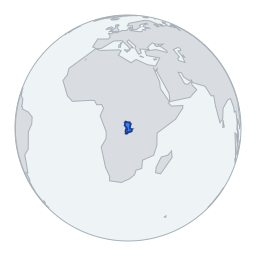 the Earth from above Kasaï-Oriental, rotated 10°
{"feature_id": "COD-1896", "entity_name": "Kasaï-Oriental", "entity_type": "Province", "adm_level": 1, "iso_a3": "COD", "parent_name": "Democratic Republic of the Congo", "parent_adm1": "", "projection": "orthographic", "projection_center": [23.978, -4.842], "detail": "fine", "context": "on_globe", "style": "filled", "palette": "blue", "viewbox_px": 256, "rotation_deg": 10, "n_neighbors": 0, "source": "natural_earth", "source_scale": "10m", "svg_char_len": 7664}
<svg xmlns="http://www.w3.org/2000/svg" viewBox="0 0 256 256"><g transform="rotate(10 128 128)"><circle cx="128" cy="128" r="113" fill="#eef3f6" stroke="#a8b0b8"/><path d="M63.9,35.4L61.7,37.0L60.0,38.3L56.4,41.1L63.9,35.4ZM50.9,45.9L51.5,45.3L50.1,46.7L49.2,47.5L50.9,45.9ZM17.3,107.1L17.6,106.5L17.3,108.0L17.3,114.9L19.3,117.4L19.8,122.0L19.4,125.1L20.5,125.6L20.6,127.6L26.9,129.5L31.7,133.8L32.5,140.7L30.5,149.1L33.4,166.2L31.0,172.5L33.6,179.4L37.2,189.7L35.3,189.6L39.1,194.2L40.7,197.3L40.4,197.9L43.2,201.3L43.1,201.6L45.1,203.6L49.1,208.3L52.8,211.6L56.8,215.2L59.2,217.1L60.3,218.0L61.8,219.1L61.0,218.6L54.9,213.7L49.1,208.3L43.6,202.6L38.6,196.5L34.0,190.1L29.9,183.4L26.3,176.4L23.1,169.1L20.5,161.7L18.4,154.1L16.9,146.4L15.9,138.5L15.4,130.7L15.5,122.8L16.1,114.9L17.3,107.1ZM61.6,219.0L62.2,219.4L59.7,217.5L62.9,219.5L64.4,220.8L61.9,219.2L61.6,219.0ZM58.7,215.8L57.9,214.6L58.7,215.0L59.4,216.0L58.7,215.8ZM232.6,86.1L232.7,86.6L233.4,88.4L232.2,85.6L233.0,88.8L237.2,101.2L237.9,104.5L238.1,109.8L237.6,107.2L234.4,99.8L235.5,107.6L238.1,115.4L239.0,123.9L237.8,120.5L236.6,113.1L235.5,110.2L234.5,103.3L231.2,92.7L229.9,93.9L228.8,89.9L223.9,81.2L221.4,82.9L218.2,92.2L219.7,102.6L217.7,106.9L210.4,91.2L206.8,81.3L204.3,81.9L196.6,73.5L183.9,72.1L181.9,69.7L179.5,70.6L174.0,68.1L170.9,64.2L167.7,64.4L176.0,74.6L179.4,74.6L182.0,70.9L183.7,74.6L189.0,78.3L183.9,87.0L164.7,94.7L162.5,87.0L146.4,67.0L146.7,64.8L146.6,64.6L146.4,64.2L145.2,67.6L142.3,64.0L151.3,77.4L152.9,83.4L164.4,95.2L163.4,96.4L167.0,98.9L178.2,96.3L178.4,99.0L173.3,111.1L157.5,128.0L159.4,140.0L158.0,150.4L147.9,157.2L148.5,165.4L143.2,168.3L142.6,172.9L138.2,177.9L130.9,182.8L118.9,183.2L118.4,178.9L112.7,170.7L104.9,151.3L108.2,142.3L107.2,135.5L98.5,121.0L100.4,112.8L98.0,109.5L93.1,110.6L90.3,106.8L87.4,107.0L68.6,111.4L62.8,106.9L55.7,92.6L59.0,86.2L59.5,79.5L82.4,55.7L87.4,56.4L105.6,52.6L107.9,53.2L105.9,57.9L119.7,63.2L124.0,59.1L136.3,62.3L144.4,62.2L147.1,53.5L133.8,53.4L131.3,49.3L141.9,45.9L153.5,46.8L152.9,45.3L145.4,41.8L148.0,39.3L142.8,40.4L145.0,41.9L141.9,42.8L139.7,41.6L140.7,40.6L137.1,40.0L133.3,45.1L135.1,47.1L126.0,48.2L128.1,51.9L125.6,53.7L121.1,48.2L121.5,46.2L113.2,41.1L112.0,43.2L119.8,48.4L117.4,48.0L115.8,51.5L115.2,48.6L107.0,43.0L98.7,44.9L88.2,54.1L83.3,55.4L79.1,54.3L82.7,45.6L93.3,43.8L94.7,41.3L92.4,38.2L95.8,38.1L96.2,36.8L100.2,36.2L105.7,32.9L109.7,32.3L111.7,28.8L114.1,28.2L112.2,30.3L113.1,31.7L123.1,31.2L125.0,30.4L125.5,28.3L128.2,28.7L127.4,26.7L133.0,26.0L125.4,25.5L125.8,23.5L129.2,22.2L127.9,21.6L122.5,23.9L121.5,25.0L122.9,26.0L119.2,29.6L115.7,30.4L114.5,26.6L109.6,27.5L110.8,24.7L124.8,19.4L130.7,18.7L140.7,20.9L139.4,21.7L135.1,21.2L139.2,23.2L138.8,22.3L141.0,22.7L142.0,21.5L143.6,21.8L141.7,20.2L143.8,20.5L145.0,21.5L148.2,20.3L152.5,20.9L152.4,20.5L151.1,20.0L157.5,21.3L157.1,21.0L154.9,20.5L152.8,19.6L151.6,18.7L153.9,19.2L154.6,19.6L159.6,21.4L161.2,22.6L162.1,22.8L161.2,21.9L155.1,19.6L153.7,19.0L156.8,19.9L155.6,19.5L155.6,19.4L157.8,19.8L154.5,18.8L152.8,18.1L160.9,20.3L168.8,23.0L176.5,26.3L183.9,30.2L191.1,34.7L197.8,39.6L204.2,45.0L210.2,50.9L215.7,57.3L220.7,64.0L225.2,71.1L229.2,78.4L232.6,86.1ZM74.8,66.8L74.2,68.8L74.8,66.8ZM166.0,52.7L172.8,53.6L169.2,48.3L171.5,48.3L169.4,46.6L168.9,47.9L163.8,43.5L166.5,42.4L165.4,40.4L163.1,40.1L159.0,42.9L166.2,49.0L164.9,50.9L166.0,52.7ZM17.7,106.3L17.5,107.5L17.4,107.7L17.7,106.3ZM55.1,42.6L52.7,44.9L53.9,43.6L52.3,44.9L53.0,44.0L59.2,39.0L56.3,41.3L55.1,42.6ZM94.3,31.3L95.7,31.8L94.2,33.2L89.1,34.9L91.2,32.7L94.3,31.3ZM98.0,32.2L98.2,28.6L101.4,27.8L99.6,28.8L101.7,28.6L99.3,30.2L102.1,33.3L101.0,34.9L92.2,36.5L95.7,35.0L94.1,34.5L98.0,32.2ZM93.1,23.9L93.3,23.2L100.0,22.1L99.1,23.0L94.0,24.4L92.0,24.3L93.1,23.9ZM115.8,16.0L117.9,15.9L114.6,16.2L115.2,16.2L112.8,16.6L110.9,17.1L109.4,17.3L107.7,17.8L107.1,18.1L104.1,18.6L103.1,19.1L102.3,19.2L101.3,19.9L100.7,19.6L98.7,20.3L100.3,20.2L86.0,24.2L80.5,26.6L76.2,28.9L75.8,28.6L79.5,26.4L85.3,23.8L90.7,21.7L90.1,21.9L91.7,21.4L91.9,21.3L99.8,19.0L107.7,17.2L115.8,16.0ZM117.8,15.8L116.8,15.9L117.8,15.8ZM110.5,51.4L112.2,51.5L115.0,51.2L114.0,53.5L110.5,51.4ZM104.8,47.5L106.4,47.1L106.4,50.0L104.6,50.0L104.8,47.5ZM107.3,44.7L106.5,46.9L105.8,45.7L107.3,44.7ZM113.7,30.0L115.4,29.6L115.5,30.1L114.6,30.9L113.7,30.0ZM124.9,16.6L123.6,16.4L124.1,16.3L123.3,15.9L125.6,15.8L127.1,16.0L124.9,16.6ZM144.8,55.0L142.5,56.6L141.3,55.8L142.3,55.3L144.8,55.0ZM127.6,54.8L131.5,55.8L127.3,55.4L127.6,54.8ZM127.4,16.4L126.7,16.2L128.3,16.3L127.4,16.4ZM127.3,15.8L129.2,15.8L125.8,15.8L127.3,15.8ZM180.6,207.8L180.7,209.4L179.2,209.3L180.6,207.8ZM176.5,149.3L168.1,167.4L163.0,167.3L162.5,161.8L165.8,150.8L171.9,147.9L174.9,143.0L176.5,149.3ZM239.5,144.3L239.1,142.2L238.6,140.0L239.0,138.2L239.7,140.1L239.5,143.7L239.5,144.3ZM238.9,138.1L237.8,131.4L234.2,114.2L235.6,115.0L238.9,126.1L238.7,127.7L239.4,132.7L238.9,138.1ZM240.4,135.4L240.4,134.5L240.3,133.1L240.2,126.4L240.3,123.4L240.4,123.9L240.4,120.2L240.4,135.4ZM220.2,103.6L222.6,110.3L221.3,111.1L220.2,103.6ZM234.5,91.5L234.4,91.5L233.8,89.9L233.6,89.0L234.5,91.5ZM146.7,17.4L145.3,17.8L145.8,18.6L148.6,19.4L144.0,18.6L143.2,17.5L146.7,17.4ZM136.4,15.9L135.8,16.0L134.6,15.8L136.4,15.9ZM220.2,192.6L221.2,191.2L223.3,188.1L229.1,177.3L229.0,177.8L232.1,170.9L232.6,169.7L229.1,177.7L225.0,185.3L220.2,192.6Z" fill="#d9dde1" stroke="#a8b0b8" stroke-width="1"/><path d="M128.2,121.9L128.9,122.0L129.0,122.4L129.0,122.6L129.2,122.9L129.4,123.2L129.4,123.3L129.5,123.3L130.2,123.3L130.2,123.5L130.2,123.8L130.1,124.1L130.1,124.3L130.0,124.5L130.0,124.8L129.9,124.8L129.8,125.1L129.7,125.1L129.7,125.3L129.6,125.5L129.6,125.8L129.5,126.0L129.8,126.3L129.9,126.5L130.0,126.5L130.0,126.8L130.0,127.1L129.9,127.3L129.8,127.5L129.7,127.6L129.8,127.7L129.8,127.8L130.0,128.0L130.1,128.3L132.5,128.3L132.4,128.4L132.4,128.6L132.2,128.9L132.2,129.0L132.2,129.3L132.1,129.5L132.3,129.8L132.3,130.1L132.3,130.3L132.2,130.5L132.3,130.6L132.2,130.8L131.9,130.9L131.8,130.7L131.6,130.7L131.3,130.9L131.2,130.9L131.0,131.0L130.8,130.9L130.7,130.9L130.5,131.0L130.7,131.3L130.8,131.3L131.0,131.3L130.9,131.4L130.9,131.5L130.6,131.8L130.4,131.7L130.1,131.6L129.9,131.6L129.8,131.8L129.5,132.0L129.4,132.1L129.2,132.2L129.0,132.3L128.9,132.4L128.5,132.2L128.4,132.0L128.3,132.3L128.2,132.4L128.1,132.6L128.0,132.8L128.0,133.0L127.9,133.2L127.9,133.3L127.9,133.7L127.9,133.8L128.0,133.8L127.9,133.9L127.7,133.9L127.7,134.0L127.4,134.0L127.2,134.0L126.9,134.1L126.7,134.0L126.4,133.9L126.5,133.2L126.5,132.9L126.5,132.7L126.5,132.4L126.6,132.2L126.4,132.0L126.3,131.9L126.2,131.9L126.1,131.7L125.9,131.5L126.0,131.4L126.1,131.2L126.2,130.9L126.3,130.7L126.2,130.6L126.0,130.4L126.0,130.2L126.1,129.9L126.4,129.8L126.6,129.8L126.8,129.7L126.8,129.8L127.0,129.8L127.1,129.7L127.4,129.5L127.5,129.5L127.5,129.1L127.4,129.0L127.2,128.9L126.9,128.8L126.9,128.7L126.6,128.8L126.4,128.6L126.2,128.4L126.0,128.2L126.1,127.9L126.4,127.9L126.4,127.7L126.4,127.4L126.1,127.4L125.8,127.3L125.6,127.1L125.4,126.9L125.1,126.7L124.9,126.6L124.7,126.3L124.4,126.4L124.2,126.3L124.2,126.2L124.3,126.2L124.5,126.2L124.4,125.8L124.3,125.7L124.2,125.7L124.1,125.4L124.2,125.2L124.3,124.9L124.5,124.4L124.5,124.2L124.4,124.2L124.2,123.8L124.1,123.7L123.9,123.4L124.0,123.4L124.1,123.2L124.3,123.1L124.5,123.0L124.5,123.3L124.7,123.2L124.6,122.8L124.5,122.6L124.4,122.3L124.5,122.3L124.5,122.2L124.7,122.3L124.8,122.3L125.1,122.3L125.3,122.1L125.5,122.0L125.8,122.2L126.0,122.3L126.3,122.3L126.5,122.5L127.1,122.4L127.4,122.5L127.4,122.4L127.5,122.3L127.6,122.2L128.0,122.0L128.1,121.9L128.2,121.9Z" fill="#3b82f6" stroke="#1e3a8a" stroke-width="1.5"/></g></svg>